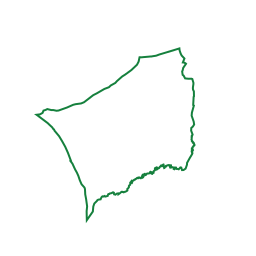 the district of Nasarawa, Nassarawa, Nigeria, rotated 51°
{"feature_id": "59680162B9133954487337", "entity_name": "Nasarawa", "entity_type": "district", "adm_level": 2, "iso_a3": "NGA", "parent_name": "Nigeria", "parent_adm1": "Nassarawa", "projection": "equal_earth", "projection_center": [7.947, 8.329], "detail": "fine", "context": "isolated", "style": "outline", "palette": "green", "viewbox_px": 256, "rotation_deg": 51, "n_neighbors": 0, "source": "geoboundaries", "source_scale": "gbopen_adm2", "svg_char_len": 4658}
<svg xmlns="http://www.w3.org/2000/svg" viewBox="0 0 256 256"><g transform="rotate(51 128 128)"><path d="M86.8,65.2L81.5,73.1L80.3,74.5L83.1,78.0L84.5,81.2L85.1,88.9L84.7,96.7L84.3,100.0L84.6,107.2L85.0,109.5L84.1,114.6L84.3,116.9L84.2,117.5L82.8,121.7L81.4,130.6L80.6,134.3L80.3,146.0L79.4,149.0L76.6,153.6L75.5,155.9L73.7,162.5L70.7,171.0L69.6,172.7L67.0,174.8L65.7,176.4L62.5,178.8L62.1,180.7L61.3,182.7L62.5,184.9L62.0,187.8L60.2,190.7L73.7,187.3L75.5,187.1L79.8,186.5L81.8,186.7L82.6,186.4L83.8,186.8L90.2,186.7L91.0,186.7L96.8,187.5L103.1,188.6L109.5,190.3L115.8,192.4L117.3,192.9L117.6,193.0L117.5,193.5L120.7,193.6L125.4,194.8L127.0,195.2L130.5,195.8L133.9,196.7L138.2,198.3L142.5,199.5L146.9,199.3L148.4,199.9L150.9,201.7L152.5,202.9L156.9,205.3L163.2,209.1L164.4,210.3L166.6,212.5L173.7,218.0L170.8,207.9L167.2,204.4L165.5,201.7L165.1,197.9L164.8,197.2L165.0,196.2L165.5,195.3L166.2,194.2L165.7,193.3L165.2,192.3L165.0,191.3L165.2,190.6L165.7,190.4L166.1,189.0L166.6,189.1L167.1,188.7L167.8,187.0L168.0,186.5L167.3,185.6L167.0,184.8L167.5,184.2L167.4,183.4L167.8,182.7L168.2,181.9L168.5,180.2L168.8,179.9L169.4,179.7L170.0,180.3L170.9,180.5L171.4,180.0L171.9,179.7L171.9,179.1L171.9,178.2L172.7,176.6L173.0,176.4L173.5,176.9L173.6,175.5L173.5,173.5L173.7,172.8L174.2,172.7L174.5,172.2L174.9,172.0L175.3,171.8L175.3,171.1L175.5,170.8L175.8,170.4L176.0,169.6L176.1,168.8L176.2,168.4L176.2,167.8L175.9,167.5L175.4,167.3L174.9,166.8L174.9,165.7L174.6,164.6L174.3,164.3L173.7,163.9L173.4,163.3L173.5,162.1L173.0,161.5L171.9,160.7L171.8,160.3L172.0,159.8L172.3,159.6L172.9,159.7L173.2,159.6L173.1,159.2L172.9,159.1L171.5,158.9L171.3,158.1L172.1,157.6L172.3,156.9L172.2,156.3L172.1,155.9L172.2,155.6L172.5,155.3L172.5,155.1L172.4,154.7L172.3,154.4L172.4,154.1L172.6,153.8L172.6,153.4L172.5,152.5L172.6,152.1L173.0,152.1L173.4,151.8L173.6,151.1L173.4,151.0L173.3,150.5L173.6,150.3L174.2,149.9L174.8,149.9L175.1,149.7L175.0,149.1L175.3,148.7L175.7,148.3L175.8,147.8L175.7,147.0L175.5,146.6L175.3,146.8L175.2,147.3L174.8,147.6L174.3,147.5L174.1,147.1L173.7,146.3L173.6,145.8L174.0,145.2L174.1,144.2L174.2,143.8L174.4,143.8L174.7,143.9L175.1,144.3L175.4,144.4L175.7,143.9L175.7,143.5L175.4,142.7L175.4,142.0L175.5,141.6L175.9,141.3L176.2,140.7L176.5,140.3L176.7,139.8L176.5,139.2L176.3,138.9L176.1,138.4L176.1,138.2L176.5,138.1L176.7,137.9L176.9,138.1L177.3,138.5L177.6,138.6L178.1,138.5L178.3,138.3L178.7,138.2L178.9,138.0L178.8,137.8L178.3,137.6L178.2,137.3L178.1,137.0L178.5,136.9L178.7,136.6L178.9,136.4L178.7,136.1L178.2,135.9L178.0,135.6L177.7,135.1L177.8,134.1L177.7,133.6L177.5,133.2L176.8,133.0L176.2,132.2L176.3,131.8L176.5,131.1L176.6,130.5L176.8,130.4L177.1,131.6L177.5,131.7L177.6,131.4L177.5,130.9L177.7,130.6L178.0,130.8L178.2,131.3L178.4,131.5L178.5,131.2L178.3,130.4L178.5,129.8L178.7,129.1L178.6,128.5L178.2,127.8L178.3,127.4L178.1,126.6L177.9,126.0L178.0,125.8L178.6,126.2L178.9,125.9L179.2,125.6L179.4,125.0L179.1,124.4L178.9,124.2L178.6,123.9L178.6,123.6L178.7,123.4L179.0,123.5L179.3,124.1L179.9,124.5L180.4,124.1L180.9,124.2L181.4,124.9L181.9,125.1L182.0,124.8L181.7,123.9L181.3,123.0L181.3,122.7L181.8,122.6L181.7,122.0L181.7,121.1L182.4,119.7L184.1,118.1L184.7,118.6L184.3,119.8L185.4,120.1L185.9,119.4L185.8,118.6L187.4,117.4L188.5,118.3L189.1,118.0L188.3,116.3L189.0,115.6L190.2,116.2L191.0,115.2L192.0,114.6L191.6,112.1L192.3,111.5L194.7,112.5L195.6,111.3L195.8,108.8L193.6,105.2L192.3,104.1L190.2,98.9L188.7,94.8L188.3,94.0L187.6,93.9L187.4,93.7L187.2,93.1L186.9,92.9L186.4,93.2L186.1,92.6L185.8,92.6L185.6,92.5L185.7,92.2L185.9,91.9L186.0,91.4L185.5,91.2L185.2,91.1L184.8,91.3L184.4,91.4L184.3,91.1L184.0,91.0L184.0,90.5L183.7,90.2L183.5,89.7L183.6,89.1L183.1,88.4L183.1,88.1L183.3,87.8L183.3,87.5L183.1,87.0L182.8,86.9L182.7,87.2L182.2,86.7L181.9,86.6L181.4,86.6L181.2,86.7L181.0,86.3L180.8,86.3L180.2,86.3L179.7,86.3L179.6,86.6L179.4,86.5L179.2,86.4L179.1,86.5L178.9,86.4L178.6,86.5L178.4,86.6L178.2,86.4L177.8,86.1L177.6,86.1L176.9,85.9L176.7,85.5L176.4,85.2L175.7,84.8L175.3,84.4L175.2,84.0L175.0,83.9L174.6,83.5L174.5,83.3L174.3,83.5L174.1,83.3L174.1,82.9L173.9,82.6L173.7,81.9L173.4,81.8L169.8,80.6L167.8,78.8L167.7,76.7L166.9,74.4L164.3,72.9L158.5,70.8L156.3,68.7L152.0,62.7L151.2,62.9L145.1,57.4L144.9,56.8L141.8,54.4L141.2,53.9L140.1,53.5L139.3,53.4L138.4,52.9L137.3,52.0L135.0,49.5L134.0,48.7L130.4,47.2L129.5,47.8L127.6,50.2L125.4,52.4L122.3,51.8L121.1,52.1L118.1,50.3L117.7,49.4L116.0,47.2L114.6,42.5L113.9,42.6L112.4,43.3L111.6,44.1L109.5,40.4L105.4,40.7L103.2,40.2L100.2,39.1L98.5,38.0L96.7,42.5L90.6,57.4L89.6,60.4L89.2,61.2L87.9,63.4L87.1,64.9L86.8,65.2Z" fill="none" stroke="#15803d" stroke-width="2"/></g></svg>